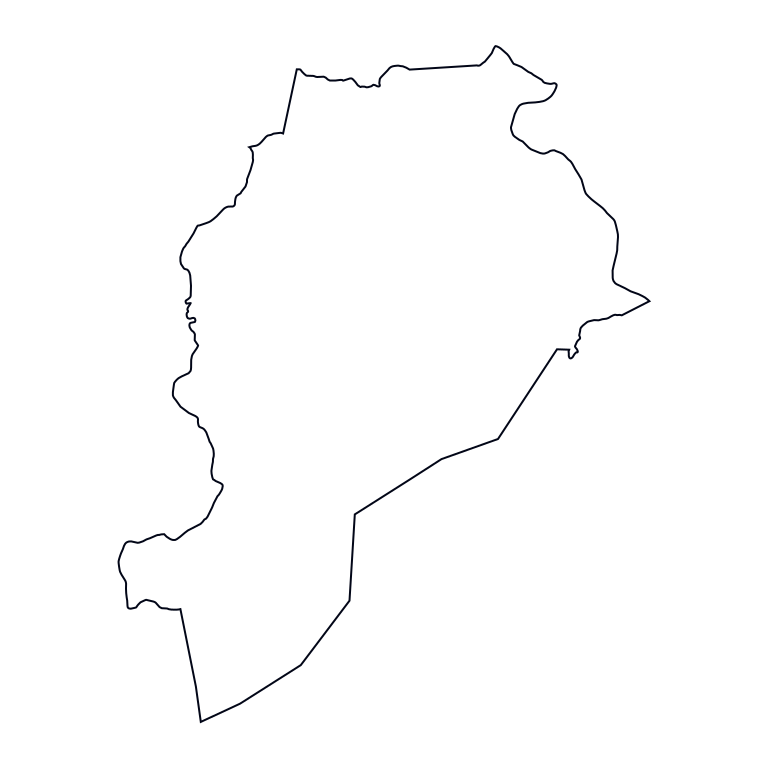 the district of El Corpus, Choluteca, Honduras
{"feature_id": "27666195B38689641379995", "entity_name": "El Corpus", "entity_type": "district", "adm_level": 2, "iso_a3": "HND", "parent_name": "Honduras", "parent_adm1": "Choluteca", "projection": "albers", "projection_center": [-87.027, 13.288], "detail": "fine", "context": "isolated", "style": "outline", "palette": "ink", "viewbox_px": 768, "rotation_deg": 0, "n_neighbors": 0, "source": "geoboundaries", "source_scale": "gbopen_adm2", "svg_char_len": 6025}
<svg xmlns="http://www.w3.org/2000/svg" viewBox="0 0 768 768"><path d="M249.3,147.2L250.4,148.0L251.3,149.9L252.3,151.3L252.7,152.3L252.9,154.7L252.8,158.1L253.1,160.0L252.8,162.0L250.5,170.1L247.2,178.8L247.0,179.7L247.0,182.1L245.5,186.5L241.3,191.9L240.6,193.3L236.9,195.6L236.4,196.3L235.8,197.5L235.4,199.0L235.0,201.8L234.9,204.3L234.5,205.3L233.8,206.0L232.9,206.5L228.3,206.6L226.9,207.0L225.6,207.6L224.3,208.4L223.0,209.6L216.7,216.3L213.4,219.1L210.6,221.2L208.9,222.1L206.0,223.2L199.5,225.4L197.9,225.6L197.5,225.9L196.5,227.5L193.5,233.5L192.6,234.9L188.4,241.6L186.5,243.9L185.1,246.3L183.8,247.7L183.1,248.9L182.0,251.5L180.4,257.2L180.4,261.1L181.0,264.0L183.9,268.4L184.6,268.9L187.1,269.6L188.2,270.5L189.4,272.6L190.2,275.5L191.0,285.8L190.7,295.8L190.4,296.8L190.0,297.4L188.4,298.9L186.1,300.4L185.7,300.9L185.6,301.7L185.9,302.8L186.5,303.6L190.4,303.1L190.6,303.2L190.0,304.4L188.0,307.4L187.5,308.7L187.4,309.8L188.0,310.8L188.1,311.5L187.9,312.0L187.1,312.7L186.8,313.3L186.6,314.2L186.7,315.4L186.9,316.5L187.3,317.4L187.8,318.1L188.5,318.4L189.3,318.7L190.2,318.7L192.3,318.0L193.5,317.9L194.6,318.3L195.1,319.0L195.4,320.4L195.0,321.8L194.3,322.1L190.9,322.8L190.3,323.0L189.9,323.5L189.5,324.2L189.4,325.7L189.8,327.5L191.1,329.7L191.7,330.5L193.4,331.8L194.6,333.5L194.9,334.5L194.7,340.2L195.0,340.8L197.9,345.1L198.1,345.6L197.7,346.6L196.7,348.4L192.6,354.3L191.9,356.1L191.2,359.8L191.1,367.7L190.9,369.7L190.5,371.0L188.6,373.2L181.7,376.4L178.5,378.2L176.7,379.8L174.9,381.9L174.2,383.0L173.9,384.7L172.9,392.1L172.9,395.3L173.3,396.5L173.9,397.7L175.9,400.2L180.5,406.7L188.9,413.0L195.5,416.1L197.0,417.2L197.7,418.1L198.0,419.1L197.9,421.8L198.1,423.4L198.4,424.9L198.9,426.2L199.3,426.7L199.9,427.1L202.6,428.2L203.9,429.1L205.0,430.4L206.3,432.4L208.6,438.6L209.6,441.7L210.7,443.3L213.1,448.6L213.5,450.6L213.8,453.8L213.7,456.3L213.0,459.0L212.9,461.9L212.3,464.8L211.4,470.9L211.6,473.7L212.3,477.2L213.0,479.2L213.4,479.6L214.2,479.9L215.6,481.0L220.4,483.1L222.1,484.3L222.6,485.1L222.7,486.2L222.2,488.8L221.5,490.4L220.1,492.8L218.9,494.7L217.4,496.3L216.8,497.5L213.9,503.0L212.1,507.5L207.6,516.6L206.1,518.6L204.4,519.5L202.6,521.9L200.6,523.9L188.0,530.4L184.8,532.8L180.1,536.8L176.9,539.1L175.3,539.9L174.0,540.0L172.6,539.9L171.3,539.5L169.8,538.8L166.6,536.7L164.2,534.2L161.2,534.4L158.9,535.0L158.1,534.9L156.4,535.4L150.0,538.2L146.5,539.4L143.0,541.3L139.2,542.6L137.6,542.8L131.2,541.4L128.9,541.5L127.4,542.0L126.3,542.6L125.2,543.7L124.0,545.9L122.9,549.1L121.0,553.4L120.1,555.9L119.1,559.1L118.6,561.3L118.6,562.8L119.1,566.8L119.7,570.3L120.1,571.8L121.5,574.6L125.3,580.7L125.8,582.0L126.1,583.7L126.0,588.7L126.2,593.2L126.7,597.5L127.2,600.6L127.5,606.1L127.8,607.4L128.4,608.1L129.2,608.5L130.8,608.7L134.5,607.9L136.0,607.5L136.5,607.0L137.2,605.9L138.3,604.5L140.5,602.3L144.8,600.3L145.9,599.9L146.5,599.9L153.6,601.6L154.8,602.1L155.7,602.7L159.6,607.1L161.8,608.2L167.1,608.5L168.9,609.2L171.5,609.6L176.3,609.7L178.6,609.5L180.4,609.1L195.9,686.6L200.8,721.9L240.0,703.7L300.8,665.1L349.5,600.7L354.8,514.4L409.5,479.7L441.5,459.1L498.0,439.0L557.0,349.3L569.2,349.7L568.6,351.4L568.8,353.3L568.8,356.0L569.3,357.6L569.9,358.2L570.4,358.4L571.4,358.2L572.4,357.4L572.9,356.8L574.3,354.4L575.6,352.9L576.4,352.3L577.3,352.4L577.6,352.2L577.8,351.4L577.5,350.5L576.9,349.2L575.5,347.5L575.1,346.7L575.0,346.2L577.0,341.7L578.4,340.0L579.7,339.0L580.0,338.5L580.1,338.0L580.0,337.3L579.2,335.3L580.1,331.1L580.3,329.2L580.9,327.7L582.8,325.6L587.1,322.1L587.9,321.7L589.1,321.3L594.1,320.1L598.7,320.3L602.4,319.2L606.4,318.7L608.4,318.0L610.9,316.5L613.2,315.3L614.8,314.8L615.7,314.8L617.0,315.1L619.7,314.9L621.8,315.3L649.4,301.2L647.8,299.7L645.0,297.5L642.3,296.0L638.6,294.2L630.6,291.3L625.0,288.2L616.6,284.2L615.2,283.2L613.6,281.1L613.0,279.5L612.7,277.9L612.6,270.4L613.7,265.4L616.6,253.5L617.2,250.3L617.3,246.5L618.0,237.1L617.9,234.4L617.3,231.3L615.9,225.2L614.9,221.7L614.3,220.4L613.3,219.1L607.0,213.1L605.0,210.5L602.8,208.2L600.1,206.0L594.1,201.4L591.5,199.3L588.4,196.4L586.2,194.0L585.5,192.8L584.5,190.2L581.5,179.5L578.6,174.5L575.2,169.1L572.4,163.9L571.0,161.8L570.2,161.0L568.2,159.4L565.1,156.0L563.0,154.1L560.5,152.8L556.0,151.1L554.4,150.3L553.1,150.3L551.1,150.7L550.1,151.0L548.2,152.2L546.7,152.8L544.7,153.5L543.0,153.6L540.3,153.1L531.4,149.5L530.4,148.9L528.6,147.5L522.7,141.5L519.3,139.9L514.9,136.8L513.4,135.4L512.7,134.0L511.3,130.0L511.0,128.1L511.0,127.2L514.7,114.1L517.1,109.0L518.1,107.4L519.0,106.1L519.8,105.3L520.8,104.7L522.2,104.0L523.6,103.6L528.2,102.8L535.2,102.4L539.4,101.9L543.0,101.2L544.5,100.7L545.6,100.2L548.1,98.6L550.4,96.8L551.6,95.6L552.9,93.8L554.5,91.2L556.1,87.7L556.6,85.7L556.6,84.9L556.4,84.4L555.5,83.6L554.5,83.2L553.5,83.3L551.6,83.8L550.2,83.9L547.0,83.4L544.6,82.8L543.3,81.9L542.2,80.3L541.5,79.7L533.5,75.0L531.4,73.3L528.3,71.9L521.5,67.0L517.2,65.2L513.8,63.9L513.4,63.5L512.3,61.9L509.0,56.4L507.2,54.2L500.6,48.4L498.9,47.3L496.9,46.4L495.6,46.1L495.0,46.5L493.6,48.9L491.8,53.1L490.1,55.3L484.9,61.6L483.1,62.8L480.2,65.2L479.2,65.6L478.0,65.7L476.9,65.4L409.6,69.6L406.3,67.7L402.8,66.3L400.7,66.1L398.7,65.7L397.0,65.7L394.3,66.0L392.4,66.4L390.8,67.1L389.4,68.2L387.5,70.5L381.2,77.0L380.2,78.3L379.8,79.1L379.3,83.0L379.4,83.8L379.8,85.0L379.8,85.6L379.5,86.2L378.6,86.5L377.3,86.3L375.2,85.2L373.5,84.8L372.8,85.1L371.9,85.9L371.2,86.3L368.0,87.2L366.4,87.3L364.7,86.7L362.8,86.6L361.7,86.6L360.7,87.0L360.4,87.0L357.8,85.3L355.3,81.9L353.2,79.6L352.1,78.7L351.2,78.4L349.8,78.5L343.4,80.6L343.0,80.6L342.2,80.0L340.5,79.9L335.7,80.5L329.8,80.5L327.8,79.5L325.7,77.6L323.7,76.7L317.2,77.0L315.9,76.8L314.1,76.1L313.1,75.9L306.9,75.7L306.0,75.4L304.3,74.0L302.2,71.9L300.4,69.6L299.1,69.3L296.8,69.3L283.1,133.5L281.6,133.0L280.5,132.8L273.9,133.6L273.2,133.8L271.9,134.5L270.9,134.9L267.9,135.5L266.9,136.1L265.8,137.0L261.6,141.8L259.7,143.7L258.3,144.7L257.0,145.4L255.7,145.8L252.4,146.3L249.3,147.2Z" fill="none" stroke="#020617" stroke-width="2"/></svg>